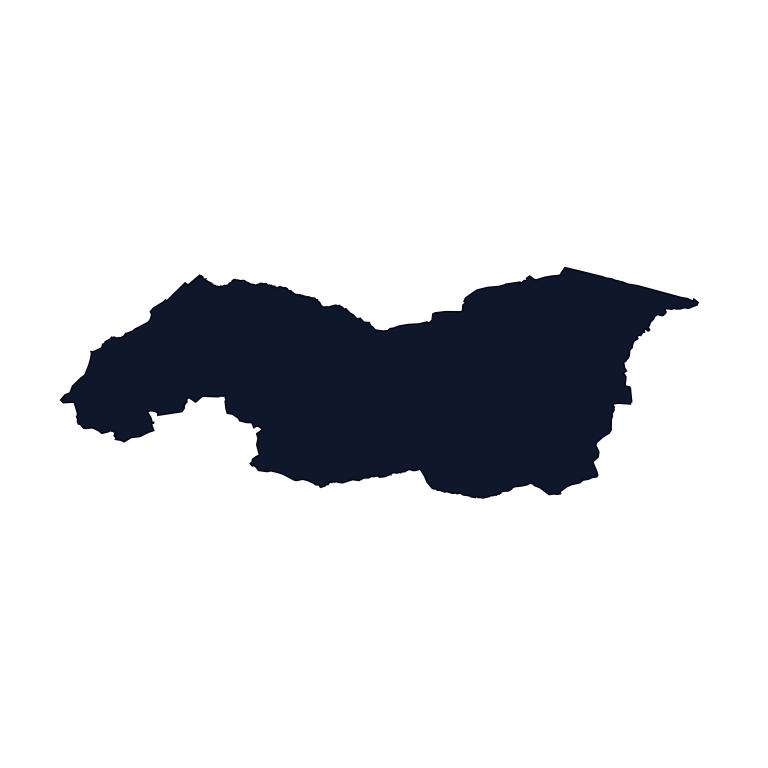 outline of Kilosa, Morogoro, United Republic of Tanzania, rotated 262°
{"feature_id": "72390352B53131574128845", "entity_name": "Kilosa", "entity_type": "district", "adm_level": 2, "iso_a3": "TZA", "parent_name": "United Republic of Tanzania", "parent_adm1": "Morogoro", "projection": "equal_earth", "projection_center": [37.018, -6.957], "detail": "fine", "context": "isolated", "style": "filled", "palette": "ink", "viewbox_px": 768, "rotation_deg": 262, "n_neighbors": 0, "source": "geoboundaries", "source_scale": "gbopen_adm2", "svg_char_len": 6146}
<svg xmlns="http://www.w3.org/2000/svg" viewBox="0 0 768 768"><g transform="rotate(262 384 384)"><path d="M251.5,532.1L251.5,537.1L250.6,540.2L250.8,543.6L253.0,543.6L257.0,551.1L258.3,556.0L258.9,564.2L261.1,567.5L261.3,573.4L262.4,576.9L262.4,581.6L263.7,582.9L266.9,582.7L277.8,579.9L281.9,585.9L286.8,587.3L293.9,585.1L296.5,586.5L301.3,593.7L304.0,600.1L306.8,602.5L317.1,604.1L320.3,605.7L322.8,605.6L325.7,608.0L329.4,608.7L331.1,607.6L332.4,608.5L332.4,613.2L329.9,625.3L331.4,625.5L331.8,626.8L345.6,627.4L347.0,626.7L348.3,623.1L349.4,622.6L357.3,624.6L360.0,623.5L360.8,622.5L362.4,624.0L363.1,625.9L366.7,624.4L372.2,624.4L373.1,626.9L374.0,627.0L375.5,629.3L378.0,630.8L383.5,632.1L385.5,634.9L388.7,635.7L391.8,637.6L393.5,641.7L395.1,641.2L396.2,641.8L396.9,643.3L396.3,645.0L399.2,647.5L399.0,649.1L401.8,649.4L402.1,651.0L400.1,652.3L399.8,653.0L400.2,654.2L400.6,654.6L403.2,653.5L406.5,655.8L407.2,655.3L410.9,660.1L412.7,661.0L414.5,663.6L414.5,665.2L413.2,668.1L413.1,669.9L414.6,672.3L416.1,673.4L419.2,672.0L419.1,675.6L418.0,679.1L418.5,682.0L417.7,683.5L417.1,687.8L417.8,691.9L416.6,696.1L418.7,704.9L420.9,706.5L425.0,702.7L423.0,701.2L426.4,696.4L427.8,691.5L446.1,648.7L449.1,639.0L451.7,634.7L454.6,627.2L456.6,623.8L457.9,618.9L459.8,615.4L474.1,579.4L468.9,574.6L467.5,574.7L467.1,570.0L467.5,566.7L467.3,558.0L465.9,549.2L466.6,547.3L470.6,543.3L468.9,539.9L468.1,540.4L466.9,539.7L466.6,538.4L467.0,537.4L466.1,535.8L465.0,535.8L465.1,533.8L463.8,533.3L463.6,532.4L463.6,531.7L466.0,532.6L465.9,518.2L465.5,517.9L464.6,511.4L465.2,500.0L464.1,489.0L457.8,476.6L454.6,474.7L453.5,476.4L451.0,473.0L445.5,472.0L444.9,469.7L447.1,454.8L447.3,444.3L446.4,442.0L440.7,440.6L438.5,437.5L438.4,435.0L439.5,435.1L438.6,427.5L439.5,416.7L439.3,407.0L438.0,400.9L438.0,397.6L436.3,395.3L436.5,390.6L438.7,382.9L442.4,380.4L443.4,379.0L446.9,378.0L448.0,372.6L452.4,369.7L452.2,366.7L452.7,365.9L456.7,363.2L459.8,359.2L461.0,359.1L461.3,358.0L463.5,357.2L463.9,356.4L463.4,355.9L463.7,354.9L465.9,353.4L467.1,351.2L468.0,351.0L467.8,348.9L468.7,347.5L468.8,346.1L467.8,339.0L468.4,338.4L468.5,334.7L470.4,332.7L473.9,331.5L475.9,329.4L476.7,329.7L476.8,328.3L478.7,327.3L479.6,323.1L480.7,321.9L481.1,320.1L480.8,318.8L481.9,318.3L482.0,316.9L483.2,315.4L483.0,314.5L483.9,313.6L485.0,308.9L486.6,306.7L487.3,306.6L487.7,305.4L488.4,305.3L488.1,304.8L489.4,304.5L490.1,302.1L491.7,301.5L493.0,300.0L493.4,297.1L494.1,296.2L493.8,295.6L495.0,294.6L494.1,291.6L494.9,289.8L496.1,289.4L496.1,287.3L497.3,286.4L497.0,285.5L497.9,284.7L497.9,282.6L499.5,281.6L500.0,280.4L499.8,278.0L500.4,277.8L500.9,275.1L499.8,273.4L500.2,273.1L499.6,269.9L500.3,269.5L500.1,268.6L501.0,268.1L501.5,264.5L502.4,263.7L502.6,264.4L504.0,262.2L504.0,261.4L505.2,261.0L506.2,258.9L506.1,255.5L506.4,255.8L507.5,253.1L507.3,252.4L508.2,251.1L508.3,249.8L507.8,249.7L507.5,248.2L506.0,248.3L506.2,247.3L505.6,246.7L505.3,244.8L503.9,243.8L503.4,241.9L503.8,239.4L503.0,237.6L503.7,236.0L502.9,235.6L503.8,233.1L503.7,231.5L505.0,231.0L504.6,229.3L505.6,229.1L505.6,227.7L506.7,228.1L506.8,226.8L507.9,227.1L508.0,226.0L508.5,226.8L508.2,225.5L509.6,224.8L509.6,223.6L511.0,223.0L511.9,221.3L512.8,222.0L512.7,220.6L513.4,219.6L515.4,219.4L515.1,218.7L516.6,218.1L516.6,217.4L517.4,216.6L509.3,203.8L511.8,201.1L496.7,180.7L497.6,179.2L495.9,177.0L491.4,166.4L488.2,162.7L485.1,163.6L482.9,162.8L479.5,160.9L477.7,158.4L473.0,145.1L471.5,142.8L470.0,136.9L470.0,135.3L467.8,133.3L466.3,129.6L466.7,128.7L466.6,125.6L468.0,123.3L467.7,121.7L468.3,120.9L466.4,118.6L464.7,113.8L462.8,113.0L462.6,110.9L460.1,110.1L458.9,108.9L456.4,100.9L456.8,98.4L455.6,98.7L450.5,97.3L443.5,94.2L434.5,89.0L432.1,84.6L425.3,75.3L418.8,71.7L417.7,66.7L413.1,61.5L410.1,63.8L409.3,73.6L408.3,74.8L396.7,76.5L394.3,75.0L392.2,75.7L389.1,75.2L386.8,75.9L386.4,77.7L382.0,80.3L381.4,83.2L381.3,88.6L380.7,90.1L377.6,94.7L374.4,97.7L375.0,103.9L375.9,107.1L375.0,108.1L375.3,109.6L372.0,110.7L370.4,109.5L369.3,110.5L367.1,111.0L366.5,110.5L364.9,115.6L362.9,118.6L366.2,126.1L366.0,134.4L366.2,135.6L368.2,135.7L367.8,136.5L366.5,136.6L369.0,144.1L370.0,149.5L376.9,148.1L377.4,150.5L378.1,150.6L378.2,149.1L383.3,148.4L389.5,145.7L390.0,148.8L389.6,151.2L388.0,154.7L387.0,155.7L384.5,155.6L384.8,180.1L388.1,183.0L389.8,182.9L392.2,184.5L393.5,186.3L396.3,186.5L397.9,188.8L392.3,195.0L397.2,202.4L394.4,218.2L394.9,220.5L394.3,223.1L395.0,225.1L392.3,224.9L390.5,225.6L389.1,224.3L381.4,224.1L376.9,224.7L375.2,229.8L370.1,235.3L367.8,235.8L365.1,242.1L364.1,247.8L358.9,249.0L358.9,249.9L360.0,250.5L360.0,252.0L359.1,254.5L356.7,257.0L355.9,257.0L355.1,256.1L352.5,251.0L347.8,251.8L341.6,249.5L331.0,250.8L329.8,247.1L327.7,243.3L325.1,242.5L323.7,240.4L321.2,242.1L321.4,243.1L320.4,245.1L315.9,247.8L313.5,256.2L313.8,259.8L311.1,266.9L308.8,271.4L301.1,282.2L300.6,284.0L301.0,290.3L299.0,295.2L295.6,300.5L293.7,302.3L293.0,305.7L290.5,306.7L291.2,311.3L292.4,312.6L292.2,314.6L293.1,315.5L293.8,315.2L294.2,317.0L293.7,318.9L294.3,319.5L293.7,321.6L294.1,323.8L293.2,324.4L291.9,329.2L293.7,339.6L291.9,346.0L292.6,346.7L292.5,348.1L293.0,348.4L293.7,351.3L293.2,355.5L294.2,358.9L293.7,360.8L293.9,364.3L293.6,365.5L292.4,366.3L292.9,367.2L292.2,367.7L292.2,370.7L292.7,371.1L292.1,371.8L293.5,377.3L293.3,378.1L293.8,377.9L294.3,378.6L294.9,381.2L294.0,384.2L294.3,387.3L293.8,387.8L294.6,390.7L294.2,392.1L295.8,396.0L295.5,398.7L294.3,400.4L294.0,403.3L294.4,406.6L295.0,407.9L286.8,411.5L281.2,412.8L274.1,417.2L273.2,418.6L273.0,420.5L271.6,421.8L270.9,424.7L268.5,429.3L268.8,431.0L266.3,436.5L266.0,440.3L265.2,441.0L265.5,444.4L263.2,446.8L261.3,453.3L260.2,454.3L258.9,458.7L259.6,459.0L259.5,461.3L258.7,461.0L258.4,461.5L258.7,462.7L257.9,463.4L258.2,464.3L257.3,466.0L257.9,472.2L258.7,475.0L258.2,476.4L258.8,478.9L258.2,479.5L259.2,481.5L259.0,482.8L259.5,482.8L259.6,484.4L260.7,484.7L261.3,488.2L260.9,488.9L261.3,490.0L260.7,491.0L261.0,493.3L262.4,495.9L263.1,496.2L264.1,499.0L263.9,507.0L264.3,511.5L265.2,513.9L265.1,516.0L264.3,517.6L262.6,518.8L259.5,524.2L251.5,532.1Z" fill="#0f172a" stroke="#020617" stroke-width="1.5"/></g></svg>